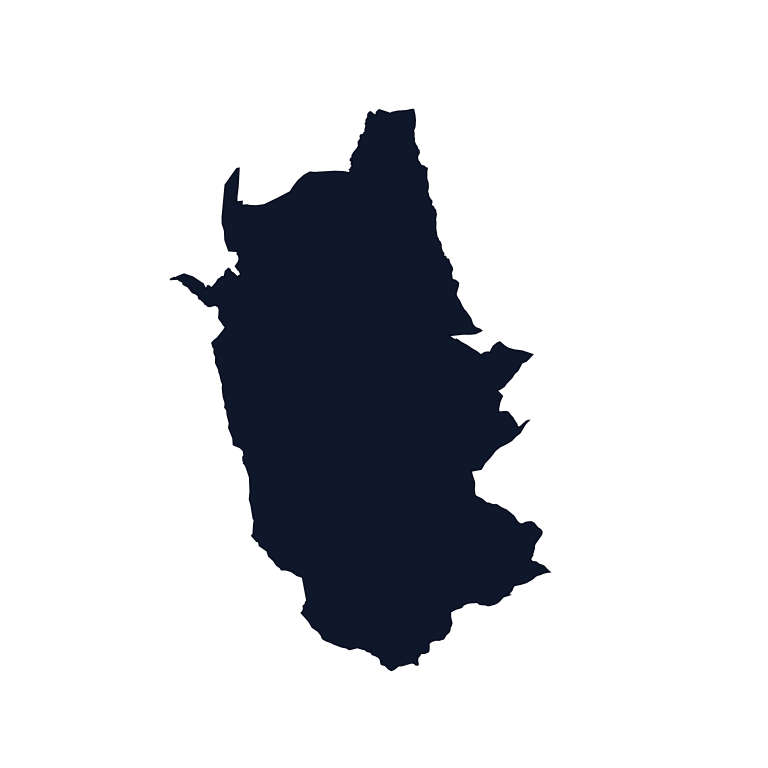 Garbova, Alba, Romania (Robinson projection), rotated 302°
{"feature_id": "2599482B63039671608561", "entity_name": "Garbova", "entity_type": "district", "adm_level": 2, "iso_a3": "ROU", "parent_name": "Romania", "parent_adm1": "Alba", "projection": "robinson", "projection_center": [23.722, 45.855], "detail": "fine", "context": "isolated", "style": "filled", "palette": "ink", "viewbox_px": 768, "rotation_deg": 302, "n_neighbors": 0, "source": "geoboundaries", "source_scale": "gbopen_adm2", "svg_char_len": 6171}
<svg xmlns="http://www.w3.org/2000/svg" viewBox="0 0 768 768"><g transform="rotate(302 384 384)"><path d="M487.7,494.4L485.1,483.8L481.6,476.1L480.0,470.2L480.0,466.3L481.0,459.9L480.2,459.7L479.0,458.5L474.2,456.8L470.1,456.9L466.9,457.5L466.2,455.4L464.3,453.1L462.2,451.8L459.9,451.3L460.5,445.4L460.3,440.9L460.5,434.0L460.1,427.1L460.4,423.3L460.2,421.5L459.1,421.3L458.9,420.6L459.0,415.5L459.4,414.0L460.3,414.3L468.7,425.1L472.1,430.8L475.4,434.9L480.9,438.5L481.2,436.3L480.2,431.8L481.4,427.6L485.4,422.8L488.8,414.9L489.2,412.8L491.2,408.7L494.7,403.5L495.3,401.7L497.1,398.6L498.5,397.2L506.8,394.8L508.9,393.7L509.4,392.4L509.7,389.5L509.0,388.1L509.1,385.9L512.4,383.3L513.0,382.3L517.5,381.2L518.7,380.2L521.2,375.6L523.9,372.7L523.0,370.8L524.7,368.6L523.8,367.5L523.8,367.0L524.5,366.3L526.0,365.7L526.7,364.8L527.2,363.0L530.8,359.3L532.4,358.6L532.5,358.1L533.8,356.8L534.4,355.2L534.4,354.0L535.8,353.0L536.6,351.0L543.2,345.3L549.3,341.7L550.1,340.6L555.7,338.3L556.5,337.2L557.9,336.2L559.0,334.9L559.2,333.0L560.4,332.3L560.3,330.8L560.8,329.2L561.5,328.6L563.2,328.3L564.7,327.2L564.8,326.1L566.5,322.6L569.0,320.3L569.9,318.9L574.0,317.3L577.7,314.8L580.8,311.2L586.8,307.5L589.8,306.3L589.4,304.7L589.9,302.5L589.3,301.1L589.1,298.8L590.7,296.6L591.4,294.3L594.4,291.7L598.6,291.3L600.0,290.3L600.8,289.5L601.1,287.7L602.9,286.0L603.4,284.2L605.9,280.7L607.9,279.8L610.0,277.8L611.2,277.4L613.5,275.6L614.1,274.7L618.5,273.8L624.1,270.8L628.2,267.7L632.4,263.6L631.6,262.3L627.5,258.1L622.5,251.1L618.4,246.9L616.8,246.2L613.9,234.5L610.7,233.7L607.3,234.9L607.5,234.2L607.1,233.4L607.1,232.0L607.7,228.5L606.8,227.7L604.5,227.4L601.5,229.0L598.3,229.0L596.3,230.4L594.9,230.2L594.0,231.9L590.1,233.1L587.6,234.5L586.1,234.0L584.8,234.2L583.6,233.6L583.1,232.5L582.3,232.4L581.4,232.6L580.9,233.5L578.1,234.4L576.9,233.9L575.7,234.0L573.4,235.6L572.3,237.0L571.4,236.4L569.2,236.5L564.5,235.8L561.0,235.9L559.0,237.2L558.0,236.5L556.6,236.5L555.9,236.9L555.6,237.4L556.5,238.2L556.4,238.7L552.9,239.9L552.7,241.1L552.1,241.7L551.4,241.8L550.5,241.3L548.6,241.9L547.7,241.1L547.2,242.3L544.7,242.9L542.6,237.4L538.2,229.7L526.5,213.2L524.3,208.9L518.5,205.7L511.0,203.5L501.6,202.6L497.5,202.8L485.0,195.5L472.4,187.5L467.4,181.5L463.9,175.4L463.3,173.1L460.6,169.6L460.4,168.6L463.6,166.9L460.2,162.7L464.5,160.0L473.3,155.9L490.1,146.7L488.7,145.2L487.6,145.0L468.7,143.9L439.5,158.6L434.2,162.1L429.7,167.5L421.9,172.9L414.8,181.8L419.0,189.6L416.5,190.7L415.9,192.6L414.1,194.4L412.1,195.5L410.1,195.9L405.2,195.6L403.5,199.7L403.3,201.4L401.4,204.1L399.3,204.4L398.8,203.4L396.8,203.2L398.2,197.7L398.0,195.5L398.6,193.5L399.4,192.9L399.6,190.9L395.6,189.8L390.2,191.8L389.0,189.6L386.2,188.9L385.2,188.0L381.2,188.1L374.1,187.0L374.3,183.2L373.6,182.3L371.9,183.0L370.9,182.4L370.7,180.9L373.0,177.7L373.3,165.1L371.2,156.2L365.3,151.8L363.7,151.3L363.1,149.6L359.2,147.1L363.8,153.6L363.4,155.8L363.9,159.2L362.1,161.0L362.6,166.2L360.1,173.0L360.7,176.0L360.6,179.2L360.1,180.1L358.7,181.3L358.3,182.4L358.7,184.5L358.0,186.6L358.4,187.3L356.9,189.8L357.3,190.1L357.2,191.2L356.7,193.0L357.2,194.9L361.1,198.6L361.7,200.2L361.5,203.2L359.2,205.4L352.2,209.1L350.0,214.8L349.1,216.1L348.5,218.8L347.7,219.5L344.5,219.5L334.4,218.3L331.3,217.0L327.7,216.3L324.8,219.4L324.2,221.3L321.1,222.9L319.9,224.1L318.0,227.0L312.8,230.0L308.5,236.5L306.2,238.3L305.9,239.2L300.4,244.6L298.3,247.6L295.2,249.0L292.0,251.4L287.5,255.1L284.5,258.8L281.5,260.9L279.9,261.3L278.6,264.6L274.9,267.4L268.7,273.8L264.6,275.6L258.1,284.6L252.7,288.5L253.9,295.6L252.9,300.2L249.2,303.3L247.3,303.1L244.4,305.1L243.0,307.2L242.3,307.1L242.3,308.4L240.0,311.9L233.6,319.6L221.8,327.6L215.0,331.0L210.6,335.8L200.5,344.6L200.4,346.0L195.5,348.2L187.6,352.5L185.2,352.3L183.2,359.4L183.8,360.2L182.9,362.4L180.9,364.0L180.5,373.3L176.9,377.6L175.8,383.8L173.4,389.1L173.2,393.7L172.1,395.4L174.4,399.0L176.0,404.8L175.6,411.6L177.0,417.3L159.4,433.5L157.5,433.2L155.2,434.0L153.3,433.2L152.4,433.5L151.1,434.9L147.9,435.6L146.1,435.2L142.9,446.1L139.7,452.1L139.5,458.8L137.8,463.8L135.6,466.8L135.6,470.8L136.7,475.8L137.0,479.2L138.7,487.6L140.3,491.5L140.5,495.4L146.1,500.7L146.8,502.2L147.6,505.4L148.8,508.8L148.3,511.2L149.5,514.7L149.2,516.1L148.4,517.1L149.2,520.9L149.4,524.1L148.7,526.6L145.1,530.0L145.0,530.8L146.0,534.1L144.8,539.2L145.0,542.0L147.5,543.8L152.7,545.5L154.5,548.2L162.0,554.9L163.2,557.6L162.7,559.8L163.4,561.3L164.1,561.6L167.4,558.7L169.7,557.6L172.2,558.1L175.2,558.0L177.1,561.0L179.7,563.1L180.5,563.3L181.7,563.2L186.0,560.8L187.3,559.6L188.0,559.6L191.0,560.7L194.3,563.5L195.9,566.4L199.6,569.6L203.8,569.4L208.1,570.5L209.9,570.3L212.3,569.1L214.9,568.9L217.1,568.2L221.3,564.0L225.5,561.3L226.5,561.4L231.1,564.1L235.6,568.1L238.8,568.4L242.2,570.8L243.9,572.6L248.1,578.4L248.3,579.4L248.0,582.1L250.8,587.4L251.1,589.3L251.8,590.5L255.8,594.2L257.6,595.5L260.7,596.8L266.7,597.8L271.6,602.1L271.4,601.3L271.6,600.9L276.7,601.7L281.0,601.0L282.5,601.5L286.8,606.1L291.1,609.8L297.7,613.3L300.9,614.1L302.9,615.2L305.9,617.9L307.4,618.7L310.5,621.6L312.5,624.1L313.0,620.3L314.2,616.7L314.0,614.5L313.2,610.8L313.6,607.3L311.8,604.0L313.0,600.9L318.0,600.7L318.9,599.7L320.8,599.6L321.8,599.0L323.4,598.9L326.4,597.1L328.6,596.7L339.8,597.3L342.2,596.4L343.1,595.0L343.5,593.4L343.5,590.2L345.4,585.0L345.2,582.3L344.3,580.7L341.9,577.8L338.8,575.8L337.6,574.2L337.5,572.0L338.1,569.4L340.6,564.4L341.9,554.8L341.1,548.9L341.3,543.7L339.1,540.2L338.4,536.1L337.3,534.4L338.2,527.7L337.6,523.4L337.6,520.6L338.2,519.7L342.1,516.4L346.5,514.1L349.0,512.3L353.5,506.8L356.4,504.0L363.3,511.5L370.5,511.2L378.5,512.8L386.8,513.6L392.3,515.6L398.9,519.7L404.0,522.2L409.9,523.4L414.6,525.2L425.1,525.0L429.7,526.1L429.2,525.4L427.5,524.4L420.3,522.3L418.9,521.4L418.4,520.6L418.5,519.8L420.4,517.5L422.6,512.7L423.5,511.4L424.5,507.6L425.7,504.7L425.6,503.2L425.0,501.8L421.0,496.5L422.0,495.3L423.9,494.0L428.3,492.3L430.3,491.6L436.5,490.7L438.3,483.2L441.7,485.4L445.9,487.2L449.1,487.3L457.2,489.0L461.9,489.0L466.4,490.3L475.0,489.7L478.8,492.5L487.7,494.4Z" fill="#0f172a" stroke="#020617" stroke-width="1.5"/></g></svg>